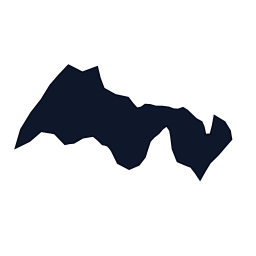 SVG path tracing the border of Şamaxı, rotated 286°
{"feature_id": "AZE-1716", "entity_name": "Şamaxı", "entity_type": "District", "adm_level": 1, "iso_a3": "AZE", "parent_name": "Azerbaijan", "parent_adm1": "", "projection": "natural_earth1", "projection_center": [48.613, 40.608], "detail": "fine", "context": "isolated", "style": "filled", "palette": "ink", "viewbox_px": 256, "rotation_deg": 286, "n_neighbors": 0, "source": "natural_earth", "source_scale": "10m", "svg_char_len": 1018}
<svg xmlns="http://www.w3.org/2000/svg" viewBox="0 0 256 256"><g transform="rotate(286 128 128)"><path d="M163.7,207.6L160.5,219.3L153.5,226.9L145.6,230.7L137.3,226.8L127.0,222.1L117.1,216.5L107.6,213.9L97.9,211.6L103.1,205.6L107.8,199.3L108.5,191.9L109.4,184.7L119.9,176.6L132.1,171.4L137.1,169.0L140.8,164.6L136.8,161.5L131.5,159.1L126.5,155.5L121.3,152.9L113.0,152.6L104.6,152.4L95.5,148.7L88.7,140.4L91.3,127.8L101.8,118.3L103.7,115.8L105.3,113.3L105.4,110.2L105.1,108.0L108.2,102.4L110.7,96.8L106.2,87.3L98.7,80.1L97.1,76.0L94.9,71.9L102.5,58.8L100.9,45.4L88.2,37.0L77.6,25.3L97.1,25.4L115.9,30.6L131.5,36.9L147.6,41.4L159.9,47.1L172.0,53.4L169.0,68.7L178.4,81.6L168.4,87.2L159.4,93.9L156.4,106.6L157.3,119.8L153.0,125.5L149.4,131.3L151.6,135.1L155.3,138.0L156.4,143.0L156.4,148.7L158.1,154.9L159.1,161.4L158.7,166.7L159.7,171.1L162.7,175.3L161.2,180.4L158.4,185.7L155.6,191.0L154.2,197.2L149.9,200.7L143.1,204.3L144.7,208.9L154.1,208.6L163.7,207.6Z" fill="#0f172a" stroke="#020617" stroke-width="1.5"/></g></svg>